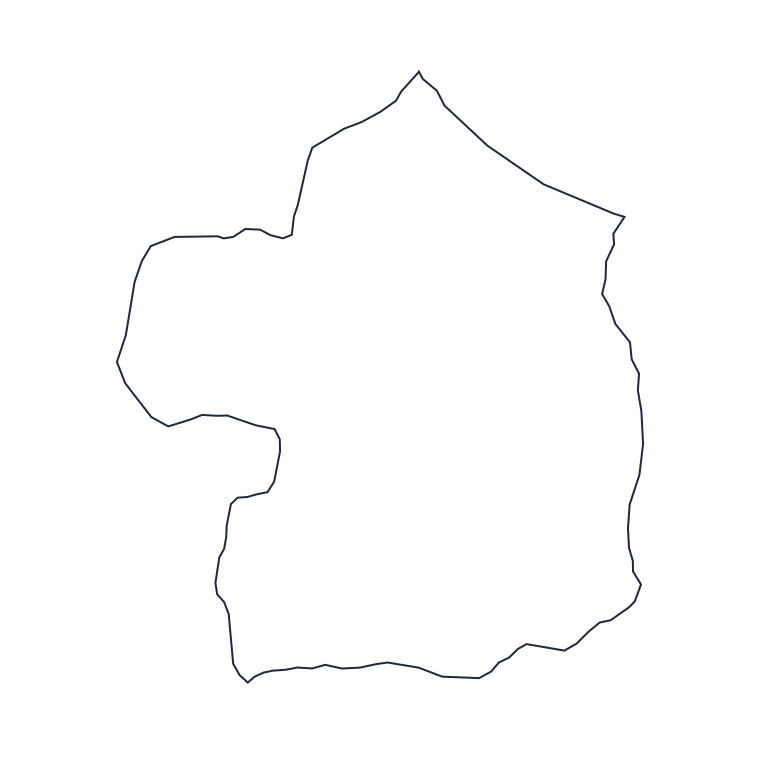 SVG path tracing the border of Rabat - Salé - Zemmour - Zaer, rotated 82°
{"feature_id": "MAR-1451", "entity_name": "Rabat - Salé - Zemmour - Zaer", "entity_type": "Region", "adm_level": 1, "iso_a3": "MAR", "parent_name": "Morocco", "parent_adm1": "", "projection": "mercator", "projection_center": [-6.34, 33.685], "detail": "fine", "context": "isolated", "style": "outline", "palette": "slate", "viewbox_px": 768, "rotation_deg": 82, "n_neighbors": 0, "source": "natural_earth", "source_scale": "10m", "svg_char_len": 1444}
<svg xmlns="http://www.w3.org/2000/svg" viewBox="0 0 768 768"><g transform="rotate(82 384 384)"><path d="M79.5,306.0L87.2,303.2L101.0,290.8L116.8,285.3L162.4,248.4L208.5,198.1L247.1,133.1L252.0,122.6L267.2,136.0L277.7,136.7L293.5,147.0L311.0,150.0L325.3,155.5L338.5,150.1L356.8,146.5L377.0,134.6L394.0,135.3L409.3,130.0L425.7,133.5L446.8,132.9L479.6,135.8L509.5,143.7L537.5,157.5L560.5,162.4L580.3,164.2L593.9,162.2L604.3,163.5L618.3,157.4L634.2,165.9L639.2,172.5L649.5,192.5L650.2,203.6L658.0,216.3L667.8,229.2L673.1,242.5L661.4,279.1L665.1,288.5L672.2,298.0L675.8,309.0L683.6,317.8L688.5,330.7L681.9,367.1L669.7,389.2L660.3,419.2L660.3,430.5L661.5,447.3L659.9,465.2L653.9,481.3L655.7,494.7L652.7,509.2L653.3,520.8L652.4,533.9L653.0,543.3L655.8,552.8L660.7,560.5L652.2,567.5L640.0,572.3L590.1,569.8L577.7,572.7L568.9,578.5L557.5,578.6L533.0,571.3L524.9,565.2L513.5,561.5L502.7,559.6L481.6,552.3L476.2,544.8L476.9,535.1L475.5,525.4L474.9,514.4L465.3,506.3L436.2,496.3L424.3,494.9L413.4,498.6L406.9,517.1L393.4,543.6L392.2,554.0L389.3,568.5L392.0,579.5L396.0,603.5L384.4,619.0L347.2,640.2L325.0,645.4L299.8,632.9L248.1,616.7L228.7,606.8L215.0,595.8L209.2,571.0L214.6,528.1L217.5,522.5L217.3,512.6L211.2,499.8L213.9,485.2L220.7,475.9L225.7,463.8L223.4,454.5L205.6,449.9L194.4,444.3L152.6,428.6L140.0,422.1L125.7,388.2L121.5,369.8L114.0,349.8L105.1,332.6L97.1,326.6L80.5,306.9L79.5,306.0Z" fill="none" stroke="#1e293b" stroke-width="2"/></g></svg>